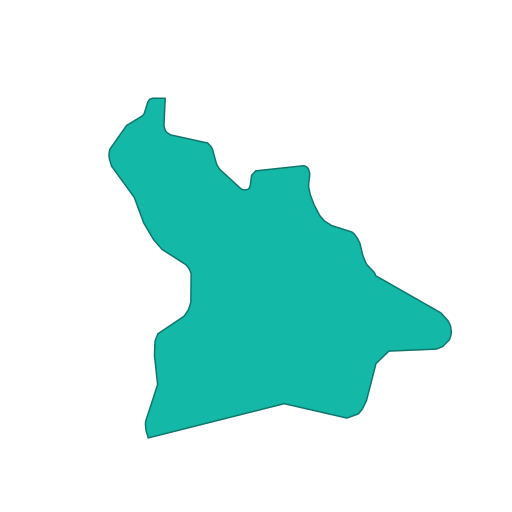 map outline of Lewisham (Mercator projection), rotated 341°
{"feature_id": "GBR-2769", "entity_name": "Lewisham", "entity_type": "London Borough", "adm_level": 1, "iso_a3": "GBR", "parent_name": "United Kingdom", "parent_adm1": "", "projection": "mercator", "projection_center": [-0.009, 51.45], "detail": "fine", "context": "isolated", "style": "filled", "palette": "teal", "viewbox_px": 512, "rotation_deg": 341, "n_neighbors": 0, "source": "natural_earth", "source_scale": "10m", "svg_char_len": 1239}
<svg xmlns="http://www.w3.org/2000/svg" viewBox="0 0 512 512"><g transform="rotate(341 256 256)"><path d="M209.7,73.2L221.5,77.3L211.5,102.5L211.1,105.3L211.2,107.7L211.7,109.9L214.7,113.7L247.1,133.5L249.0,137.6L249.6,140.7L248.7,155.3L248.8,157.4L249.9,162.2L264.0,188.2L266.7,189.9L270.3,190.4L271.6,189.7L273.6,187.3L278.1,178.3L283.5,175.4L330.3,186.1L331.8,187.0L332.8,188.2L333.9,190.4L333.7,195.1L333.1,197.0L329.2,205.1L328.1,208.5L327.3,215.8L327.6,226.8L329.4,238.4L331.9,244.9L337.5,251.9L354.4,264.5L356.0,266.9L357.7,272.8L358.4,277.6L357.2,289.9L357.5,297.2L358.2,300.8L361.7,308.2L362.6,310.7L362.8,312.6L362.8,313.7L412.3,370.0L416.3,379.3L416.9,382.4L417.1,385.7L415.9,391.8L414.4,394.5L411.7,398.1L402.9,402.4L396.1,402.7L350.7,389.2L334.5,396.7L313.3,428.8L306.6,435.4L301.5,438.6L289.1,438.8L234.5,404.8L94.9,392.9L95.2,385.3L96.6,379.3L97.9,376.3L121.1,345.6L127.7,316.7L132.8,303.7L137.9,297.6L168.4,289.5L174.6,284.9L179.3,278.6L188.9,251.6L188.8,247.5L188.2,244.9L186.8,241.3L169.4,219.3L164.5,207.3L160.6,188.2L160.0,161.0L148.7,124.1L149.0,116.6L149.7,113.0L151.0,110.1L152.7,107.4L176.2,90.4L194.2,86.5L196.6,85.0L203.9,75.1L206.5,73.2L209.7,73.2Z" fill="#14b8a6" stroke="#0f766e" stroke-width="1.5"/></g></svg>